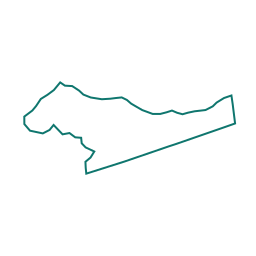 Matinhas, Paraíba, Brazil, rotated 12°
{"feature_id": "56859067B3328011598679", "entity_name": "Matinhas", "entity_type": "district", "adm_level": 2, "iso_a3": "BRA", "parent_name": "Brazil", "parent_adm1": "Paraíba", "projection": "albers", "projection_center": [-35.775, -7.119], "detail": "fine", "context": "isolated", "style": "outline", "palette": "teal", "viewbox_px": 256, "rotation_deg": 12, "n_neighbors": 0, "source": "geoboundaries", "source_scale": "gbopen_adm2", "svg_char_len": 829}
<svg xmlns="http://www.w3.org/2000/svg" viewBox="0 0 256 256"><g transform="rotate(12 128 128)"><path d="M222.4,74.7L215.7,78.7L209.4,84.7L206.4,89.2L200.1,94.3L195.1,96.0L189.7,97.8L183.6,100.5L178.5,103.2L172.9,102.9L167.4,101.8L162.5,104.6L156.7,107.5L149.2,109.1L138.2,107.5L130.8,105.1L126.0,103.5L121.1,100.8L115.5,99.4L110.2,101.1L104.7,103.0L96.4,105.3L85.2,105.9L77.4,104.6L72.4,101.6L64.7,98.6L57.5,99.7L52.2,97.5L47.6,106.3L42.3,112.3L36.7,117.7L33.5,125.7L30.8,130.8L24.2,138.4L25.8,145.7L32.7,151.0L39.6,151.0L45.8,151.0L51.7,146.2L54.6,140.5L59.7,144.0L65.3,147.8L71.8,145.1L78.3,148.1L84.2,147.3L85.9,152.6L90.6,155.8L99.9,158.0L97.5,164.7L93.4,169.9L94.9,175.7L96.7,181.3L131.6,161.5L171.5,137.6L177.9,133.9L220.8,108.0L231.8,101.3L225.4,82.8L222.4,74.7Z" fill="none" stroke="#0f766e" stroke-width="2"/></g></svg>